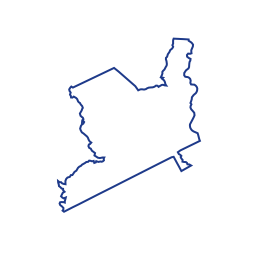 outline of São Mateus do Maranhão, Maranhão, Brazil, rotated 334°
{"feature_id": "56859067B61548310814974", "entity_name": "São Mateus do Maranhão", "entity_type": "district", "adm_level": 2, "iso_a3": "BRA", "parent_name": "Brazil", "parent_adm1": "Maranhão", "projection": "mercator", "projection_center": [-44.527, -3.987], "detail": "fine", "context": "isolated", "style": "outline", "palette": "blue", "viewbox_px": 256, "rotation_deg": 334, "n_neighbors": 0, "source": "geoboundaries", "source_scale": "gbopen_adm2", "svg_char_len": 3143}
<svg xmlns="http://www.w3.org/2000/svg" viewBox="0 0 256 256"><g transform="rotate(334 128 128)"><path d="M168.3,189.4L167.2,187.7L165.5,186.7L165.7,185.2L165.1,184.0L163.3,183.0L162.2,182.1L163.1,180.6L162.6,178.8L162.6,177.1L163.7,176.5L163.3,175.2L162.3,173.7L162.2,171.6L165.3,171.1L184.3,171.1L187.0,171.1L187.1,169.6L188.0,165.1L188.3,163.2L185.4,159.8L184.4,158.0L184.1,156.2L184.1,154.9L184.6,153.2L185.3,151.9L186.8,150.8L189.0,149.2L190.5,148.1L192.3,146.7L193.4,145.7L194.2,143.3L193.6,140.9L193.0,138.8L193.1,137.0L193.9,135.7L195.4,134.5L195.1,132.9L196.1,132.0L197.9,130.1L198.9,128.4L201.5,127.1L204.3,126.4L205.8,125.4L206.7,124.4L207.6,122.8L207.8,121.5L207.5,119.8L206.7,118.2L203.8,116.5L203.8,114.8L205.1,112.9L205.4,111.1L204.9,109.6L204.1,108.5L202.9,107.7L201.9,107.0L201.6,105.3L202.7,103.2L205.4,101.6L208.4,101.0L209.6,100.0L211.2,97.2L212.3,95.6L213.5,94.8L214.5,93.3L213.3,91.7L212.4,89.8L213.0,88.2L214.7,87.5L216.3,88.5L217.8,88.7L218.3,87.3L219.0,85.8L220.5,84.5L222.0,83.2L223.0,81.6L222.7,79.8L222.2,78.5L220.8,76.2L221.3,75.0L217.1,72.6L208.2,67.7L207.1,68.8L206.3,70.3L205.5,72.0L204.2,73.0L204.2,74.8L202.6,75.9L200.1,76.5L198.5,77.9L196.1,79.2L194.4,81.1L192.9,81.6L192.2,82.8L191.9,84.8L191.0,87.5L190.1,88.8L188.7,89.7L186.4,91.4L184.4,92.1L183.4,92.7L182.9,94.0L181.8,95.2L179.8,96.8L181.5,98.2L180.2,98.6L181.3,101.0L181.3,103.0L180.8,105.1L181.0,106.6L179.6,105.7L178.4,104.5L177.2,104.1L175.4,104.2L173.5,104.4L173.1,103.0L171.8,102.2L169.9,102.5L168.1,102.3L166.2,101.5L164.3,100.8L162.5,100.7L161.1,100.9L159.3,100.5L157.5,99.3L156.0,98.7L153.7,98.6L152.9,93.6L144.3,73.2L141.8,67.9L96.2,67.5L95.2,65.9L93.7,66.5L92.1,67.5L91.7,69.0L92.0,71.0L90.5,72.6L90.7,74.1L90.2,75.6L91.4,76.3L93.0,76.0L94.5,78.2L95.0,79.8L94.8,81.9L95.0,83.2L95.8,84.5L95.8,86.0L96.4,88.2L96.2,90.1L94.9,91.0L94.1,91.9L92.9,92.7L91.1,93.9L90.7,96.2L91.3,97.8L91.9,98.9L91.8,100.5L90.3,101.0L89.5,102.3L90.9,102.0L91.2,103.4L89.7,104.5L88.2,104.6L86.6,105.5L84.7,107.6L84.5,109.3L84.6,111.7L85.6,113.4L86.6,115.7L87.5,117.8L87.7,119.3L87.5,121.3L87.7,123.4L88.6,125.0L87.0,125.7L85.6,125.7L84.5,126.9L84.4,128.8L85.5,130.3L85.6,132.6L86.3,133.9L87.4,136.1L85.8,138.0L86.8,139.6L87.9,141.5L89.6,142.7L90.8,143.0L92.3,143.4L93.7,144.1L92.7,144.9L92.2,146.5L90.9,146.9L89.6,146.8L88.5,146.0L86.5,145.5L84.9,143.9L84.0,144.8L82.4,144.6L82.7,142.5L81.1,142.2L79.9,141.0L78.8,140.3L77.4,140.9L75.6,140.3L74.1,140.6L72.5,140.7L70.6,140.8L69.1,141.4L67.3,141.4L65.6,141.9L62.9,143.7L60.7,144.0L57.4,145.9L55.9,145.3L54.3,146.4L51.9,146.0L50.1,146.7L48.6,148.1L47.8,149.7L47.2,151.1L45.6,150.0L44.5,148.8L44.1,147.4L42.7,146.7L41.9,145.0L41.3,146.5L41.0,148.5L40.5,150.0L41.3,151.6L41.8,153.3L43.0,154.2L42.4,155.7L43.0,157.5L40.9,157.7L37.9,160.0L38.4,161.6L39.3,163.0L41.6,163.2L40.6,164.4L39.1,166.1L38.5,167.3L37.6,166.4L35.7,165.4L34.4,165.0L33.4,165.9L33.3,167.6L34.3,169.6L34.9,171.6L34.1,173.0L33.0,173.6L33.8,175.2L43.6,175.0L46.2,175.0L50.0,175.0L72.1,174.6L88.6,174.4L100.4,174.2L139.2,173.6L154.3,173.4L156.4,173.9L156.7,180.9L156.9,184.7L157.1,190.1L168.3,189.4Z" fill="none" stroke="#1e3a8a" stroke-width="2"/></g></svg>